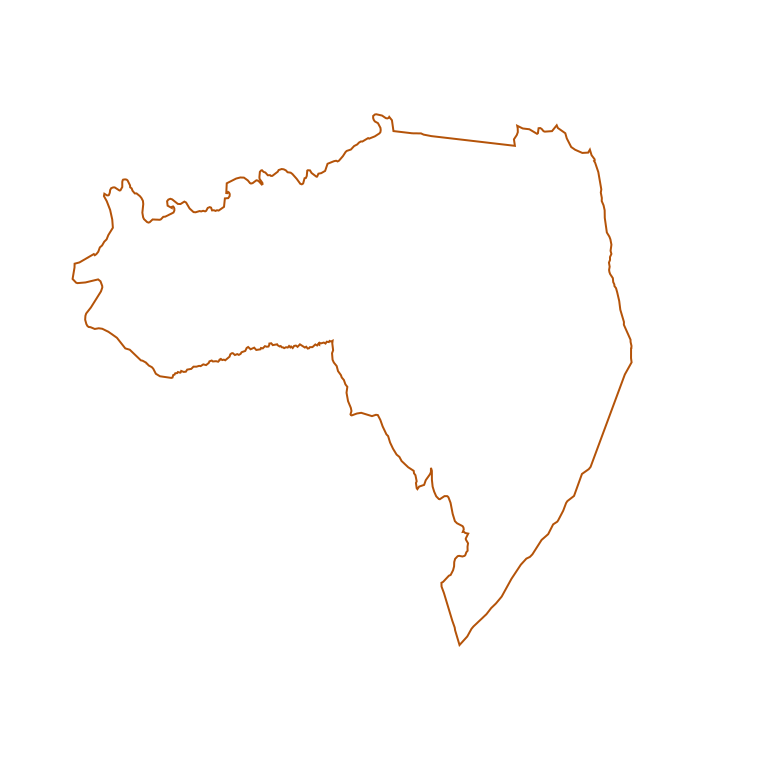 Bolomba, Équateur, Democratic Republic of the Congo, rotated 163°
{"feature_id": "63176286B53001735211155", "entity_name": "Bolomba", "entity_type": "district", "adm_level": 2, "iso_a3": "COD", "parent_name": "Democratic Republic of the Congo", "parent_adm1": "Équateur", "projection": "equal_earth", "projection_center": [19.536, 0.592], "detail": "fine", "context": "isolated", "style": "outline", "palette": "amber", "viewbox_px": 768, "rotation_deg": 163, "n_neighbors": 0, "source": "geoboundaries", "source_scale": "gbopen_adm2", "svg_char_len": 6166}
<svg xmlns="http://www.w3.org/2000/svg" viewBox="0 0 768 768"><g transform="rotate(163 384 384)"><path d="M388.1,112.3L378.2,118.2L371.9,124.3L369.3,126.0L353.2,134.0L347.0,138.4L341.1,141.4L333.6,146.3L319.1,160.4L306.0,171.2L298.9,175.4L295.0,176.0L291.9,177.7L278.9,188.8L270.9,192.4L263.3,200.3L258.5,201.7L257.2,202.8L249.7,210.4L244.6,217.0L242.9,218.4L235.0,221.4L221.0,240.1L213.1,242.7L210.7,244.3L150.9,322.7L140.9,332.3L140.2,336.5L137.3,345.9L137.0,345.9L136.2,348.0L135.9,352.1L135.3,354.3L137.3,370.5L136.4,373.2L136.3,385.9L134.8,394.6L134.2,403.5L134.1,407.8L135.0,410.3L134.6,411.9L135.0,414.4L134.2,418.3L135.6,423.0L135.7,425.2L135.4,427.3L133.9,430.2L133.4,434.3L131.6,436.5L130.8,439.3L128.5,441.9L128.4,445.1L125.8,450.7L125.2,456.1L125.4,459.1L126.6,463.7L124.3,478.3L122.2,485.6L121.8,490.7L122.3,495.3L121.3,498.2L120.7,503.7L119.3,506.5L117.1,524.0L117.4,533.8L117.9,535.9L117.2,536.1L116.9,537.3L118.6,542.1L118.6,547.9L121.1,545.6L126.8,547.0L132.7,552.1L135.7,555.9L137.4,565.5L137.3,570.8L142.9,578.0L143.2,580.9L149.4,576.7L156.4,578.3L157.5,579.1L158.7,581.9L159.8,583.1L161.4,583.4L163.5,578.8L164.5,578.5L170.5,585.1L176.6,587.8L181.1,592.0L181.4,589.3L182.4,585.7L184.3,583.2L188.2,580.0L189.2,573.5L266.2,607.2L273.2,610.9L275.3,612.8L283.7,615.5L301.0,623.1L299.3,633.9L300.9,637.9L301.8,637.1L303.2,637.0L304.5,637.7L307.4,641.3L312.5,644.2L313.9,644.4L316.0,643.5L316.6,641.6L316.6,639.7L316.0,637.8L313.5,635.2L312.5,630.0L312.9,627.8L313.8,625.9L315.1,625.0L320.4,623.5L326.5,623.0L327.3,623.8L333.8,622.2L335.1,622.7L337.3,622.2L339.6,620.9L343.0,620.3L347.1,617.9L351.5,617.8L352.9,617.1L356.7,613.9L361.8,610.7L363.3,610.4L364.5,611.5L366.7,611.7L373.6,611.1L378.0,605.0L382.4,604.0L385.2,604.3L387.3,601.9L388.0,602.0L391.6,607.0L392.3,609.9L394.3,610.7L395.0,610.5L397.0,605.6L398.4,603.9L399.8,604.0L402.7,599.4L404.2,599.0L405.5,599.9L407.5,605.7L410.2,611.6L411.5,613.4L414.3,614.7L415.4,617.0L417.1,618.6L419.0,619.5L422.2,619.4L423.5,618.1L429.9,615.7L431.2,616.0L431.9,617.0L434.1,617.6L435.6,620.9L437.2,622.1L438.2,624.1L439.2,624.1L440.7,623.1L442.7,618.2L443.0,616.5L441.5,611.9L441.7,610.7L442.6,610.5L444.2,614.0L445.3,615.5L446.5,616.1L450.9,614.5L452.6,614.6L453.4,615.3L454.7,618.5L457.6,622.3L461.0,623.5L465.3,623.7L475.7,621.9L479.0,612.7L478.0,612.3L476.9,613.2L476.2,612.3L476.0,610.7L476.7,608.8L478.6,607.3L481.9,608.0L485.2,600.2L491.4,598.2L492.9,599.0L494.5,598.8L495.9,599.9L497.7,600.3L497.8,603.2L498.9,604.1L501.1,603.9L503.4,601.6L504.6,601.4L506.3,602.5L508.4,602.5L509.8,603.3L514.0,603.3L515.9,604.1L518.6,608.7L520.2,615.4L521.6,616.8L526.0,615.6L528.5,616.5L532.6,622.5L534.2,623.6L536.3,623.4L538.0,622.2L538.8,617.8L535.5,614.4L535.2,615.4L533.8,615.5L533.3,614.4L533.2,613.0L533.8,611.1L535.2,609.5L544.2,608.0L546.2,608.4L549.2,606.7L550.4,606.6L557.2,609.0L560.8,607.2L562.0,607.2L563.2,608.1L565.3,611.8L565.6,613.8L565.0,618.5L561.6,626.5L561.0,629.6L561.6,632.8L562.5,635.0L564.9,638.6L566.6,639.1L568.0,642.4L568.1,644.8L569.2,646.3L568.8,648.2L569.7,653.6L570.4,654.7L571.8,655.4L573.7,655.7L574.3,655.3L575.2,653.8L576.7,648.9L579.4,646.3L580.4,646.4L584.0,650.7L585.5,651.2L587.7,651.0L589.2,649.5L590.3,647.1L591.8,645.2L592.7,645.0L593.9,645.5L595.8,647.7L596.9,645.6L595.7,640.0L595.0,630.6L595.8,620.7L597.6,612.7L604.1,607.0L607.0,603.4L609.9,601.9L613.1,598.9L615.8,597.7L618.6,594.0L621.1,592.3L622.9,591.7L623.5,593.1L639.7,589.3L644.7,589.5L645.9,585.9L651.1,575.5L648.8,570.9L647.7,570.1L639.8,568.4L626.8,567.6L625.1,565.1L624.8,560.1L625.2,558.6L627.6,555.3L641.9,542.9L648.2,538.5L649.6,536.5L651.0,532.8L651.1,528.3L650.7,526.3L649.8,524.9L648.0,524.1L644.5,521.2L640.5,520.7L637.3,519.2L632.2,514.4L625.9,506.3L621.0,493.7L617.1,491.1L609.6,477.7L608.1,476.9L605.1,473.8L605.1,473.0L604.5,472.5L603.6,470.5L601.1,468.0L600.2,466.1L599.2,460.5L596.0,456.9L585.6,452.0L584.4,452.0L582.9,454.2L581.6,454.2L580.5,455.3L578.6,454.9L577.6,455.7L575.6,454.4L575.1,454.5L574.1,455.8L572.0,454.1L569.9,453.7L568.0,455.3L563.9,454.8L561.1,456.3L558.2,455.4L555.5,455.4L554.1,454.7L551.1,455.6L548.6,454.1L545.4,455.4L544.3,456.7L541.9,456.8L541.1,455.6L537.9,454.9L536.1,453.8L534.1,454.9L534.1,455.4L532.7,455.7L531.7,454.2L530.0,454.1L528.9,453.1L523.7,455.3L522.3,457.3L520.7,457.9L519.6,457.7L518.1,455.3L515.6,455.5L514.3,454.3L512.4,454.7L510.9,456.0L507.0,456.2L504.8,458.6L503.1,459.1L501.4,456.2L497.5,456.7L496.2,453.9L492.0,453.3L491.1,454.4L489.5,453.5L486.8,455.0L485.2,453.9L483.5,453.6L482.2,455.1L481.8,456.2L479.9,455.9L479.0,453.7L474.6,453.2L474.4,452.2L472.8,450.4L471.7,450.5L471.0,449.0L469.8,448.5L469.0,447.5L466.9,447.8L465.4,447.0L463.7,448.1L462.9,446.4L461.9,447.0L460.8,445.1L458.8,446.7L457.0,446.5L455.8,444.8L452.8,446.5L449.0,442.0L447.5,442.4L446.6,440.2L445.3,440.1L444.2,440.9L441.6,440.2L438.1,441.9L436.7,440.4L435.4,441.4L434.5,440.5L434.1,442.3L433.7,442.4L432.6,441.3L429.4,441.2L428.1,439.8L426.4,441.2L424.5,440.2L423.4,441.1L422.2,440.1L420.5,440.4L421.6,437.9L422.8,431.1L424.7,428.6L426.1,422.2L425.7,419.2L424.0,415.0L424.2,409.8L422.6,405.1L422.5,402.6L421.2,399.6L421.0,394.9L419.9,392.0L422.4,386.6L423.4,378.1L422.7,370.9L423.0,367.7L424.9,364.8L424.7,363.9L424.0,363.4L418.5,363.7L414.2,363.1L404.9,356.8L400.7,356.9L399.0,356.1L398.0,350.7L397.7,343.8L396.4,335.1L395.3,333.0L395.3,326.3L394.3,319.5L392.6,312.8L390.6,309.8L389.7,305.2L385.2,297.3L381.0,292.3L381.4,289.8L380.6,287.6L381.2,281.4L382.4,280.0L383.2,274.8L382.8,273.7L380.4,275.6L375.1,275.8L372.2,279.8L366.5,284.2L364.9,286.0L363.6,290.1L363.6,287.0L366.2,278.4L367.5,271.6L367.5,266.4L366.9,261.3L365.2,258.0L364.3,257.5L358.9,259.1L356.2,258.2L355.5,256.8L355.1,250.9L356.3,239.7L356.3,232.1L354.9,229.5L350.4,225.1L350.0,223.6L350.2,221.7L351.9,219.5L350.8,219.3L349.9,217.8L347.2,216.3L351.0,212.3L351.2,211.3L350.2,207.1L351.7,204.0L352.8,200.1L354.5,199.0L356.2,196.7L357.2,196.1L359.4,196.1L362.4,197.7L363.9,197.8L367.1,196.0L368.9,193.2L370.3,189.1L372.4,185.7L376.1,181.9L378.0,181.7L385.3,177.5L387.2,177.1L388.2,173.4L387.8,166.7L387.9,137.6L387.6,130.4L388.0,127.8L388.1,112.3Z" fill="none" stroke="#b45309" stroke-width="2"/></g></svg>